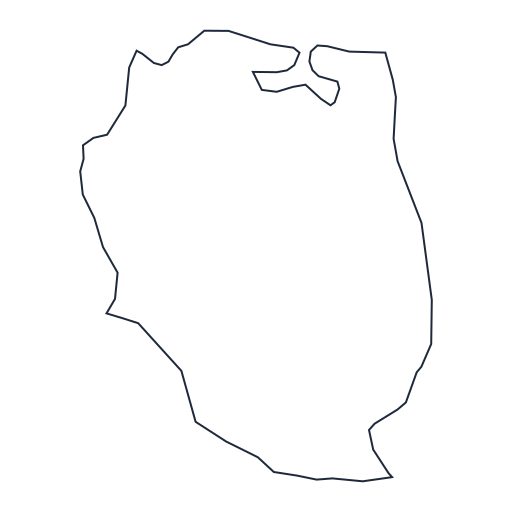 map outline of Nord-Est (Robinson projection)
{"feature_id": "HTI-1386", "entity_name": "Nord-Est", "entity_type": "Department", "adm_level": 1, "iso_a3": "HTI", "parent_name": "Haiti", "parent_adm1": "", "projection": "robinson", "projection_center": [-71.895, 19.504], "detail": "fine", "context": "isolated", "style": "outline", "palette": "slate", "viewbox_px": 512, "rotation_deg": 0, "n_neighbors": 0, "source": "natural_earth", "source_scale": "10m", "svg_char_len": 1020}
<svg xmlns="http://www.w3.org/2000/svg" viewBox="0 0 512 512"><path d="M385.3,52.6L392.8,79.8L395.9,97.2L395.0,112.9L393.6,138.8L397.6,161.2L421.5,222.9L431.8,300.0L431.2,344.0L421.4,366.7L416.7,372.3L405.9,402.4L397.7,409.4L374.6,423.7L369.0,430.0L373.2,449.6L388.5,473.1L392.1,477.1L391.7,477.2L362.7,481.3L332.4,478.4L316.6,479.6L297.1,475.6L273.8,472.0L257.9,457.3L226.1,441.5L195.6,421.8L181.4,370.9L138.2,323.2L122.2,318.1L106.5,313.4L115.0,298.9L117.6,272.7L103.0,247.1L94.3,217.9L82.8,194.6L80.2,171.4L83.6,158.9L83.0,145.3L93.4,137.9L107.1,134.7L125.4,105.5L129.2,67.5L132.5,60.0L136.6,50.7L142.3,53.8L153.9,63.0L161.7,65.1L168.4,61.7L172.7,54.4L178.2,47.3L188.0,44.3L204.3,30.7L228.5,30.9L270.4,44.3L293.4,47.7L299.5,52.7L294.3,65.1L286.9,70.4L276.8,72.2L252.9,71.9L261.8,89.9L276.7,91.8L292.8,86.9L305.5,84.7L320.9,98.8L330.5,105.3L334.7,102.2L339.3,88.7L337.4,81.6L318.6,76.2L312.5,70.2L309.4,61.5L310.8,51.6L317.4,45.5L327.2,46.2L349.3,51.6L385.3,52.6Z" fill="none" stroke="#1e293b" stroke-width="2"/></svg>